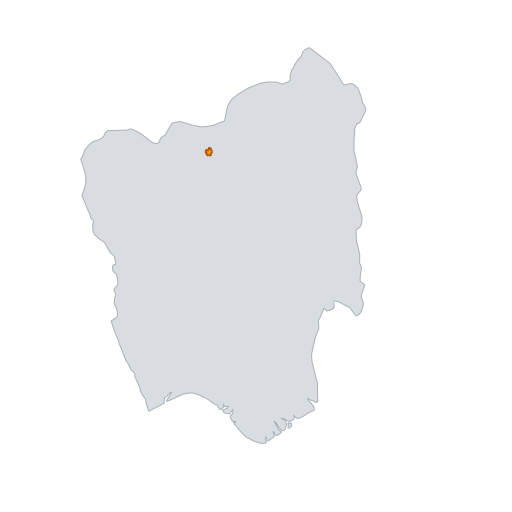 Minjibir, Kano, Nigeria (highlighted), rotated 336°
{"feature_id": "59680162B51390103580898", "entity_name": "Minjibir", "entity_type": "district", "adm_level": 2, "iso_a3": "NGA", "parent_name": "Nigeria", "parent_adm1": "Kano", "projection": "equal_earth", "projection_center": [8.6, 12.2], "detail": "fine", "context": "in_parent", "style": "filled", "palette": "amber", "viewbox_px": 512, "rotation_deg": 336, "n_neighbors": 0, "source": "geoboundaries", "source_scale": "gbopen_adm2", "svg_char_len": 5086}
<svg xmlns="http://www.w3.org/2000/svg" viewBox="0 0 512 512"><g transform="rotate(336 256 256)"><path d="M389.4,87.3L401.9,110.0L404.6,126.8L405.7,135.1L407.7,136.1L411.6,136.6L414.4,138.2L416.1,141.0L417.1,143.6L417.4,145.1L416.6,155.2L415.7,158.9L416.3,163.9L416.1,166.0L415.7,167.5L414.0,169.1L411.7,170.8L406.1,175.6L404.5,176.3L402.2,176.4L400.2,177.6L397.8,180.2L392.7,189.9L388.3,199.7L385.1,215.5L381.2,220.4L380.5,224.8L380.0,234.6L379.4,237.6L378.7,238.5L374.5,240.3L372.1,242.6L370.7,247.1L368.9,262.3L368.2,264.8L366.8,267.4L364.7,270.2L362.8,271.8L358.0,272.9L353.4,284.3L353.4,286.3L351.4,296.7L347.8,304.5L347.6,309.6L343.2,316.5L340.9,321.2L343.3,326.1L343.5,326.9L335.8,335.2L335.4,336.4L335.1,342.2L334.5,343.7L333.1,345.8L331.0,348.2L328.9,350.0L326.6,351.2L324.3,351.7L323.0,351.0L322.3,349.2L321.0,342.2L320.3,340.7L318.9,339.3L313.0,331.6L309.4,328.8L308.6,329.0L308.1,329.8L307.0,333.7L306.1,335.1L304.2,335.6L300.9,335.6L298.5,335.1L298.0,334.3L296.9,331.3L289.6,338.3L287.0,339.9L283.7,348.2L279.1,352.4L276.0,356.0L267.5,367.4L265.8,370.7L264.1,375.7L260.4,397.1L254.6,410.4L253.8,413.3L253.4,413.2L252.7,414.4L250.4,413.6L249.4,411.1L248.0,410.7L245.5,407.1L245.0,407.7L247.6,416.9L246.6,420.5L239.4,420.6L233.2,421.8L229.0,421.7L226.8,420.4L225.9,416.9L225.5,417.3L225.3,419.1L224.0,420.6L219.2,420.9L217.1,418.5L215.4,415.9L213.5,414.7L213.8,415.8L215.9,418.4L215.7,422.1L211.8,426.4L209.4,426.6L207.9,424.8L207.1,421.7L206.7,417.3L205.7,414.4L205.2,414.4L205.8,419.2L205.8,423.7L207.7,427.2L204.8,428.3L201.5,428.5L201.0,427.2L200.6,424.2L200.0,423.5L199.3,428.4L192.4,429.8L191.4,429.6L191.2,428.7L191.7,427.3L191.6,425.1L190.1,426.8L189.8,430.2L189.0,430.8L186.3,430.3L183.5,428.5L178.8,424.2L173.1,417.2L172.1,414.1L170.5,410.2L167.5,399.6L168.1,399.1L169.4,399.7L170.1,398.7L167.7,397.9L167.2,397.2L167.0,394.8L167.1,391.9L170.7,390.4L171.6,388.7L172.1,386.9L167.6,389.6L163.5,386.6L162.6,384.8L163.0,383.4L167.9,383.3L169.6,381.9L168.5,381.4L166.7,381.5L166.0,380.6L166.1,378.4L165.5,378.9L164.7,380.8L161.9,382.2L160.2,380.8L160.1,377.6L159.7,376.2L158.3,375.1L153.4,366.7L147.3,359.7L141.8,354.9L133.5,352.6L116.1,352.7L115.2,352.1L116.2,351.0L117.8,350.2L123.4,346.3L122.4,345.8L116.6,348.3L114.6,348.5L112.0,353.2L94.9,354.2L95.0,352.0L95.8,345.9L96.8,341.7L95.7,336.5L95.4,331.8L96.2,330.4L96.4,328.6L96.3,316.7L97.2,314.9L97.3,313.7L95.5,308.6L95.5,304.7L95.2,300.9L94.6,299.2L95.4,284.6L95.2,281.0L95.8,278.5L96.1,272.2L96.1,266.1L97.3,256.4L104.6,255.1L106.4,251.3L107.4,246.4L107.1,241.7L109.5,237.5L112.4,233.8L112.3,229.8L113.1,228.5L114.5,227.6L116.4,227.1L118.6,225.1L119.9,221.5L121.1,215.9L119.2,211.9L119.3,211.1L120.0,208.9L121.1,206.8L122.0,206.1L124.2,206.7L124.8,205.8L126.3,199.6L126.1,197.9L124.2,193.7L123.2,182.4L122.6,181.0L121.1,178.9L117.1,171.0L117.2,167.2L118.9,162.4L120.0,160.1L121.6,158.8L121.9,157.7L121.5,156.3L120.7,155.3L120.5,153.1L121.3,150.1L121.1,146.8L121.6,129.8L124.9,126.5L129.8,120.9L132.3,115.2L133.6,110.8L135.3,96.2L137.9,94.7L142.7,89.4L149.3,86.3L153.5,85.3L161.0,85.9L164.8,85.4L168.0,82.5L169.5,81.7L171.5,81.2L190.1,88.8L191.8,88.5L193.2,89.0L195.5,91.0L200.9,98.0L206.7,108.9L208.5,111.2L210.2,112.5L212.1,113.0L213.5,112.8L214.8,111.7L216.6,109.7L219.3,108.7L221.6,108.9L233.2,100.6L234.3,100.5L241.4,102.3L251.1,110.6L259.0,116.1L264.6,118.0L271.2,119.3L282.3,119.7L290.7,107.9L293.8,105.3L297.6,103.0L305.4,100.9L318.4,99.4L330.6,100.0L338.1,102.0L346.1,105.9L349.6,109.5L355.0,110.1L358.9,109.4L360.1,105.8L364.0,101.0L369.8,96.6L374.5,93.5L378.4,92.1L381.9,88.5L384.6,87.4L389.4,87.3ZM219.6,425.6L217.0,426.7L215.3,426.4L217.6,421.6L218.8,422.6L220.4,423.1L219.6,425.6Z" fill="#d9dde1" stroke="#a8b0b8" stroke-width="1"/><path d="M252.5,144.3L252.6,144.2L252.8,144.2L253.0,144.2L253.3,144.1L253.5,144.3L253.8,144.4L253.8,144.5L254.0,144.7L254.0,144.8L254.1,145.0L254.2,145.3L254.3,145.4L254.4,145.5L254.6,145.6L254.8,145.6L255.0,145.6L255.3,145.6L255.5,145.6L255.9,145.5L256.0,145.5L256.0,145.2L256.2,144.9L256.1,144.5L256.1,144.4L256.2,144.2L256.3,144.1L256.6,144.1L256.8,144.0L257.0,143.9L257.4,143.7L257.4,143.9L257.7,143.8L258.1,143.4L258.5,142.3L258.6,141.8L258.3,141.7L258.2,141.7L258.0,141.4L258.1,140.9L258.1,140.7L258.1,140.2L258.1,139.9L258.5,139.9L258.4,139.6L258.5,139.5L258.5,139.3L258.4,139.3L258.2,139.4L257.9,139.4L257.7,139.4L257.7,139.2L257.8,139.2L257.8,138.6L257.6,138.3L257.0,137.9L256.7,138.2L256.8,138.5L256.8,138.9L256.8,139.0L256.7,139.2L256.5,139.3L256.4,139.4L256.2,139.8L256.2,139.7L255.8,139.6L255.6,139.7L255.5,139.8L255.3,139.8L255.2,139.8L255.2,139.7L255.1,139.8L255.0,139.6L254.9,139.6L254.7,139.8L254.3,139.8L254.2,139.5L254.2,139.4L254.1,139.2L254.0,138.9L253.8,138.9L253.5,138.8L253.3,139.4L253.0,139.9L252.8,139.8L252.7,139.7L252.6,140.0L252.5,140.3L252.2,140.5L252.1,141.0L252.2,141.4L252.2,141.5L252.3,141.6L252.5,141.3L252.8,141.3L252.9,141.6L252.6,141.7L252.2,141.8L252.2,142.3L252.2,142.5L252.1,143.0L252.3,143.1L252.4,143.3L252.5,143.2L252.6,143.6L252.7,143.8L252.4,144.0L252.5,144.3Z" fill="#f59e0b" stroke="#b45309" stroke-width="1.5"/></g></svg>